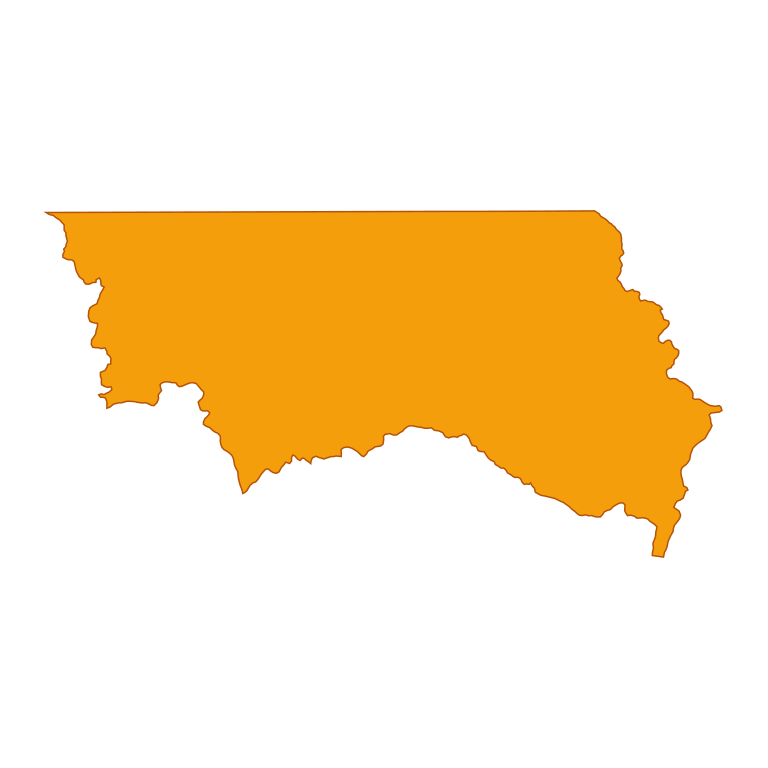 Canaã dos Carajás, Pará, Brazil
{"feature_id": "56859067B37247033105126", "entity_name": "Canaã dos Carajás", "entity_type": "district", "adm_level": 2, "iso_a3": "BRA", "parent_name": "Brazil", "parent_adm1": "Pará", "projection": "albers", "projection_center": [-50.061, -6.482], "detail": "fine", "context": "isolated", "style": "filled", "palette": "amber", "viewbox_px": 768, "rotation_deg": 0, "n_neighbors": 0, "source": "geoboundaries", "source_scale": "gbopen_adm2", "svg_char_len": 6079}
<svg xmlns="http://www.w3.org/2000/svg" viewBox="0 0 768 768"><path d="M663.5,557.1L664.5,552.2L665.8,550.1L667.0,547.0L668.1,541.4L670.9,535.2L672.9,531.9L673.5,528.0L674.5,525.2L678.2,520.6L679.7,518.3L680.6,515.3L679.1,511.1L673.8,507.4L675.4,503.5L677.2,501.0L679.9,500.2L683.1,498.3L685.6,491.2L687.9,490.0L686.8,487.5L683.7,486.1L683.1,483.6L682.2,479.0L681.2,475.6L680.9,472.4L681.1,469.8L682.4,467.3L686.2,464.4L688.2,462.0L689.7,459.5L690.5,454.5L692.8,448.3L694.5,446.3L698.4,442.8L703.5,439.5L705.2,438.1L708.9,431.4L710.1,429.6L712.0,425.7L710.8,422.4L710.5,418.6L709.1,414.9L711.4,412.9L714.0,412.7L717.0,412.3L719.2,412.1L721.9,410.5L720.9,407.0L719.3,405.7L714.6,406.3L709.5,405.3L705.1,402.8L700.0,399.4L697.5,399.1L694.7,399.4L692.6,398.0L692.9,395.6L692.9,393.3L691.7,390.6L688.8,386.8L684.1,383.4L681.7,381.9L679.2,381.2L676.8,379.1L673.6,378.5L670.3,379.0L668.0,377.6L666.9,375.4L666.4,373.1L666.6,370.2L668.7,368.4L671.1,367.7L672.1,365.5L673.9,364.0L673.9,361.9L674.4,359.3L676.2,358.1L678.1,355.6L678.7,353.3L678.7,350.7L676.8,349.1L674.7,348.6L673.2,346.4L671.8,343.8L671.4,341.7L669.7,340.3L667.5,340.3L665.3,341.4L663.3,343.4L661.1,342.7L659.0,341.2L658.4,338.6L658.7,335.8L660.3,334.2L662.2,332.0L664.0,329.6L666.0,328.2L668.1,325.9L669.2,323.5L668.5,321.1L666.2,320.2L663.9,319.6L663.1,317.2L662.4,314.7L660.9,312.7L660.2,310.1L662.3,309.1L660.9,307.1L659.0,305.4L656.6,304.8L652.9,302.0L650.2,301.7L647.5,301.3L645.4,300.2L643.1,300.4L640.7,301.0L639.4,299.1L638.9,296.8L639.8,294.5L639.3,292.4L636.9,291.4L634.4,291.3L632.9,289.5L630.6,290.3L627.2,291.5L625.1,290.6L623.9,288.5L622.2,286.5L621.3,284.1L620.0,282.0L617.9,280.5L616.9,278.2L618.8,275.7L620.0,273.7L620.9,271.2L620.7,268.2L622.2,265.4L621.6,263.3L620.1,260.5L619.3,258.3L620.7,256.1L622.5,254.9L623.7,253.1L623.2,250.9L621.9,249.3L621.7,247.1L622.1,244.5L621.4,241.5L621.5,238.6L621.1,236.5L620.8,234.2L619.4,232.1L617.7,230.6L616.1,229.0L614.8,226.9L612.9,225.6L611.3,223.8L609.4,222.9L607.4,220.7L605.3,218.9L603.1,217.7L600.6,216.2L599.2,213.9L594.6,210.9L541.9,211.2L483.0,211.4L443.9,211.4L225.6,212.0L46.1,212.5L49.3,214.5L53.2,215.4L55.8,217.5L59.7,220.0L64.1,224.8L64.2,230.5L65.9,232.7L66.0,236.0L67.4,241.2L66.2,244.3L65.7,246.9L63.7,249.1L64.4,251.3L62.8,254.9L63.0,257.4L66.9,259.3L69.0,259.8L71.7,259.8L74.2,261.7L76.0,270.0L76.8,272.1L79.3,276.9L83.3,279.9L84.3,282.4L86.0,284.1L89.5,284.1L92.5,282.6L95.9,282.3L96.2,279.6L99.3,278.0L100.7,280.2L100.9,283.5L101.2,285.6L104.2,286.9L102.7,289.8L100.4,293.5L99.3,297.6L98.0,300.3L96.9,303.8L94.6,304.9L92.6,305.9L90.0,307.8L88.7,311.4L88.3,316.4L89.8,321.1L91.6,322.2L94.8,323.0L97.5,323.4L97.4,326.7L96.2,330.4L95.6,334.2L93.7,337.1L91.6,339.9L91.3,344.4L92.8,347.3L95.8,347.7L98.6,347.7L100.9,348.6L105.0,348.0L106.9,351.3L107.1,354.0L109.7,356.1L111.0,358.7L110.7,361.1L110.8,363.8L107.9,364.5L106.9,367.3L105.1,370.4L100.4,372.4L100.4,376.1L101.5,379.5L101.3,382.0L101.6,384.8L104.6,386.4L107.8,387.4L111.0,386.7L111.9,389.3L109.7,391.7L106.1,393.4L104.2,394.5L101.1,393.9L98.7,394.9L100.6,397.2L103.6,397.4L105.5,398.1L107.0,402.1L106.9,404.5L106.9,408.3L110.2,406.9L113.6,404.1L119.0,402.8L121.8,402.8L126.3,401.4L128.6,401.2L135.0,401.7L137.3,402.3L142.6,403.0L145.7,402.7L148.8,404.0L151.6,405.4L154.0,405.6L157.0,402.6L158.6,398.4L158.2,395.2L159.6,393.0L161.5,390.7L160.5,387.7L160.1,384.5L162.0,382.9L165.1,381.8L169.0,382.0L171.8,382.6L175.9,382.8L177.4,385.2L179.3,386.7L182.3,386.1L186.8,384.1L190.5,382.8L192.9,382.7L196.3,383.6L198.7,386.4L200.9,389.2L203.6,391.8L203.8,394.3L202.4,398.1L199.7,400.4L198.2,402.1L199.1,405.3L200.5,409.6L203.0,411.0L207.7,410.8L209.8,412.9L208.4,415.2L206.5,417.3L204.8,418.8L203.4,422.2L203.5,424.4L206.2,426.2L209.9,427.7L212.0,429.8L214.4,431.7L218.0,433.4L220.1,435.8L220.5,438.4L220.2,440.4L220.6,443.5L221.8,447.1L223.6,449.3L228.1,452.0L230.3,453.8L232.0,455.6L233.2,458.0L234.1,462.2L234.4,464.5L235.6,467.7L237.8,471.7L238.2,476.6L238.5,478.8L239.9,484.4L240.8,486.8L242.1,490.2L242.8,493.5L244.9,492.4L246.8,490.8L248.4,488.1L250.2,485.1L252.7,483.0L255.7,481.9L257.9,479.4L259.7,476.6L261.5,473.8L263.4,471.6L265.5,469.4L268.2,468.9L271.1,471.3L273.2,472.6L276.3,473.3L279.0,471.9L281.5,467.3L283.6,465.1L285.7,462.2L289.6,463.5L291.5,461.0L291.6,457.3L292.9,455.0L295.0,456.1L297.4,458.9L300.0,460.5L302.5,458.0L304.6,458.7L306.3,460.4L308.4,461.6L310.7,463.6L311.2,460.3L312.7,457.6L316.0,456.2L319.0,457.5L321.6,458.2L323.9,459.0L327.8,457.6L331.2,456.6L333.4,456.6L336.1,456.0L341.3,456.5L341.3,453.2L341.1,449.5L343.8,447.6L347.9,447.0L351.9,448.2L357.6,451.7L361.5,455.7L363.8,456.6L366.4,454.1L367.8,451.4L370.1,450.0L372.6,448.7L374.9,446.9L380.6,446.0L382.9,444.3L383.5,441.4L383.7,438.6L383.4,436.3L385.1,434.4L389.8,433.6L393.4,435.0L396.6,435.0L399.7,432.8L402.7,431.1L404.7,428.7L407.4,426.7L409.8,425.8L412.3,425.8L416.3,426.6L418.4,427.0L422.1,427.5L424.2,428.2L427.4,428.3L431.4,427.8L434.4,430.3L438.9,430.9L442.7,432.6L445.4,436.7L448.8,437.9L451.1,437.0L454.6,436.6L457.5,437.3L459.2,435.9L461.5,435.3L463.7,434.0L466.4,435.0L469.2,438.4L470.4,441.9L472.2,445.4L476.4,446.5L478.1,450.6L480.0,451.4L484.3,451.8L486.4,455.4L488.3,458.0L490.5,460.0L494.3,461.7L495.3,464.5L498.1,466.0L500.9,468.1L503.7,468.0L506.0,470.2L507.5,472.9L510.6,474.6L514.4,477.4L517.7,477.3L519.9,478.1L521.2,480.1L522.2,482.4L524.2,484.4L526.6,483.9L529.0,484.4L530.6,483.0L532.2,486.0L534.4,488.2L535.4,492.3L540.9,495.3L545.6,496.2L553.4,498.1L555.4,498.7L557.8,499.9L560.6,501.3L563.5,502.5L569.4,506.7L571.5,508.9L573.6,510.5L575.3,511.8L577.1,513.5L579.6,515.3L582.2,515.5L585.8,514.9L588.7,515.8L591.7,515.5L594.4,516.5L597.1,517.0L600.3,516.9L602.1,515.1L604.5,511.7L607.6,510.3L610.4,509.6L613.1,506.7L619.2,503.1L622.9,502.9L625.0,504.8L624.7,510.6L625.6,512.7L627.5,515.6L631.0,515.2L634.8,516.4L636.7,518.1L639.9,518.0L643.0,517.7L645.6,518.3L647.9,519.1L649.8,521.2L654.4,524.2L657.1,526.9L655.9,531.7L655.5,536.4L654.4,539.7L653.1,542.7L653.0,545.0L653.5,547.8L652.4,553.0L652.3,555.5L663.5,557.1Z" fill="#f59e0b" stroke="#b45309" stroke-width="1.5"/></svg>